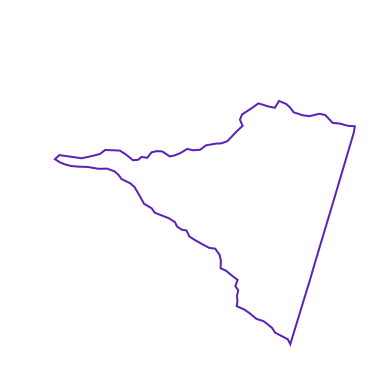 the district of Axixá do Tocantins, Tocantins, Brazil, rotated 108°
{"feature_id": "56859067B57908802564825", "entity_name": "Axixá do Tocantins", "entity_type": "district", "adm_level": 2, "iso_a3": "BRA", "parent_name": "Brazil", "parent_adm1": "Tocantins", "projection": "natural_earth1", "projection_center": [-47.762, -5.681], "detail": "fine", "context": "isolated", "style": "outline", "palette": "violet", "viewbox_px": 384, "rotation_deg": 108, "n_neighbors": 0, "source": "geoboundaries", "source_scale": "gbopen_adm2", "svg_char_len": 1363}
<svg xmlns="http://www.w3.org/2000/svg" viewBox="0 0 384 384"><g transform="rotate(108 192 192)"><path d="M184.3,291.3L188.6,298.1L194.0,307.3L197.9,329.5L203.1,332.5L204.6,326.8L205.0,321.1L204.6,314.8L203.0,307.9L200.4,298.9L198.8,287.9L196.0,279.9L196.3,272.1L198.3,267.4L201.5,263.0L202.8,253.4L205.0,248.3L211.4,241.0L218.0,234.0L220.0,225.2L223.2,221.1L223.8,210.9L224.1,206.0L225.9,199.0L229.4,195.6L231.0,190.2L230.3,185.3L235.1,180.9L237.0,173.6L238.6,165.3L239.8,158.4L238.7,152.4L243.3,146.3L248.4,143.3L255.7,141.2L256.3,135.5L258.7,129.5L261.5,121.5L268.1,121.7L271.3,117.6L276.7,117.2L281.8,115.0L286.8,114.2L287.6,105.9L289.6,99.5L292.8,91.4L292.7,84.1L294.4,79.3L296.6,73.8L300.1,69.4L302.5,55.3L306.4,51.5L248.9,52.5L241.3,52.6L224.1,53.1L218.4,53.3L213.4,53.3L208.9,53.5L158.1,54.6L85.0,56.5L79.2,57.5L80.9,64.2L81.2,72.3L82.8,79.6L77.6,89.1L78.3,95.1L83.5,103.6L84.8,110.1L84.8,119.9L81.2,125.1L79.2,129.5L78.5,137.4L86.3,139.2L87.0,145.3L87.2,156.2L93.5,160.9L102.9,168.4L108.5,168.7L113.4,164.3L120.5,168.2L126.3,171.0L132.8,174.1L136.7,179.1L138.5,184.0L143.2,193.0L149.3,197.3L152.0,203.9L152.5,209.9L158.3,214.8L162.2,219.3L165.0,224.1L162.6,233.0L164.2,238.5L166.9,242.8L173.3,245.1L174.3,250.9L178.0,253.2L180.0,257.9L176.7,266.6L174.9,273.4L176.7,279.9L178.9,287.6L184.3,291.3Z" fill="none" stroke="#5b21b6" stroke-width="2"/></g></svg>